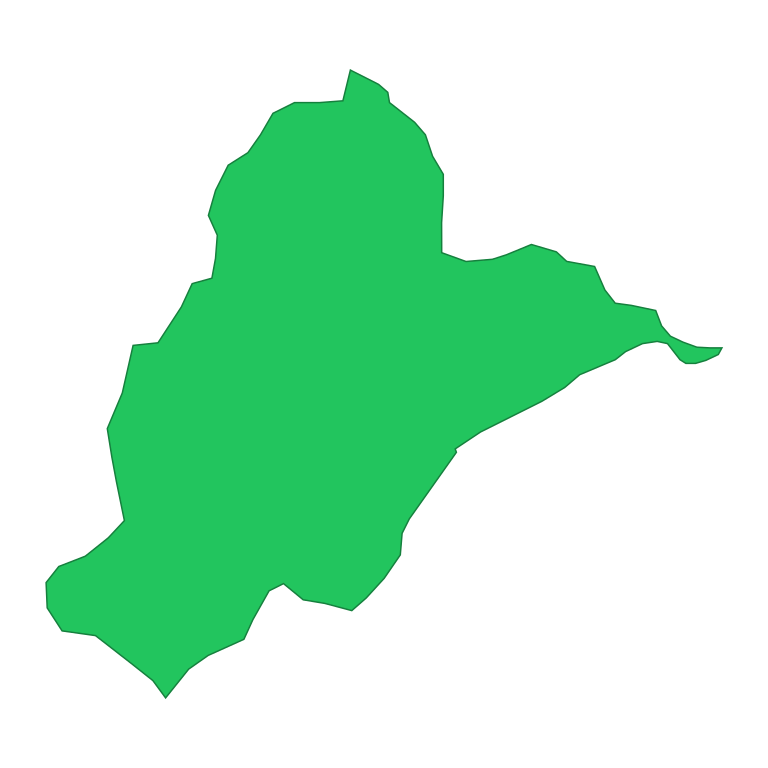 the district of Boseong-gun, South Jeolla, South Korea
{"feature_id": "91817680B27152027053647", "entity_name": "Boseong-gun", "entity_type": "district", "adm_level": 2, "iso_a3": "KOR", "parent_name": "South Korea", "parent_adm1": "South Jeolla", "projection": "orthographic", "projection_center": [127.199, 34.814], "detail": "fine", "context": "isolated", "style": "filled", "palette": "green", "viewbox_px": 768, "rotation_deg": 0, "n_neighbors": 0, "source": "geoboundaries", "source_scale": "gbopen_adm2", "svg_char_len": 1215}
<svg xmlns="http://www.w3.org/2000/svg" viewBox="0 0 768 768"><path d="M133.1,345.4L122.3,393.0L107.3,428.6L111.9,457.3L116.4,481.5L124.4,520.6L108.3,537.8L85.3,556.2L58.8,566.5L46.1,582.6L47.2,607.9L62.1,630.9L95.5,635.6L131.1,663.3L152.9,680.6L165.6,697.9L188.7,669.1L208.2,655.4L243.9,639.3L252.9,619.6L269.1,590.8L283.5,583.6L303.2,599.8L324.8,603.4L351.8,610.6L366.2,598.0L384.2,578.3L400.3,554.9L402.1,533.3L409.3,518.9L456.4,452.3L455.2,448.9L480.5,432.0L542.2,401.1L564.8,387.4L579.7,374.7L601.5,365.5L615.3,359.7L625.6,351.6L642.5,343.6L657.2,341.4L667.5,343.6L680.0,359.7L685.9,363.4L695.5,363.4L705.8,360.4L718.3,354.5L721.9,347.9L710.2,347.9L696.9,347.2L682.9,342.1L670.4,336.2L661.6,325.9L655.7,310.5L631.4,305.4L615.2,303.2L604.9,290.0L594.6,266.5L566.7,261.4L556.4,251.9L531.4,244.5L506.4,254.8L492.4,259.3L466.0,261.5L441.7,252.7L441.6,222.7L443.3,195.8L443.3,174.3L432.6,156.3L425.4,134.8L414.6,122.3L389.5,102.6L387.8,92.4L378.6,84.4L350.4,70.1L342.9,100.8L319.6,102.6L294.5,102.6L273.0,113.3L260.5,134.8L247.9,152.7L228.2,165.2L215.6,190.3L208.4,215.4L217.3,235.2L215.5,258.5L211.9,278.2L192.2,283.6L181.4,306.9L158.0,342.8L133.1,345.4Z" fill="#22c55e" stroke="#15803d" stroke-width="1.5"/></svg>